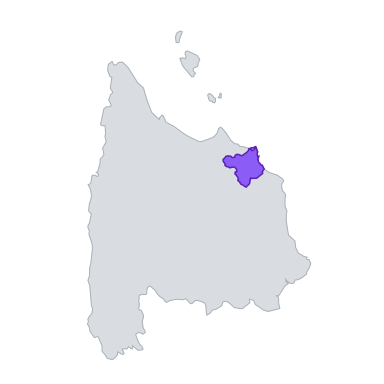 Murcia highlighted on a map of Spain, rotated 266°
{"feature_id": "ESP-5836", "entity_name": "Murcia", "entity_type": "Autonomous Community", "adm_level": 1, "iso_a3": "ESP", "parent_name": "Spain", "parent_adm1": "", "projection": "robinson", "projection_center": [-1.387, 38.068], "detail": "fine", "context": "in_parent", "style": "filled", "palette": "violet", "viewbox_px": 384, "rotation_deg": 266, "n_neighbors": 0, "source": "natural_earth", "source_scale": "10m", "svg_char_len": 6902}
<svg xmlns="http://www.w3.org/2000/svg" viewBox="0 0 384 384"><g transform="rotate(266 192 192)"><path d="M206.6,88.9L206.7,90.0L208.5,91.9L214.2,93.0L215.7,93.8L215.4,96.5L214.0,98.8L215.2,99.8L216.6,99.7L218.3,97.9L218.6,99.1L221.2,100.2L227.0,102.3L231.0,102.6L235.2,106.7L242.0,105.9L248.1,109.9L253.9,109.0L255.2,109.8L264.1,109.9L264.5,106.7L265.6,105.4L281.1,109.9L283.0,112.6L282.7,114.0L283.5,117.3L285.5,117.1L289.6,115.3L294.9,117.6L296.3,119.6L297.4,119.7L301.4,117.7L312.1,120.1L312.5,118.6L313.3,118.1L317.7,116.7L319.6,116.4L325.4,117.4L326.1,119.3L327.2,120.0L327.7,121.6L324.4,122.6L324.1,125.3L326.2,127.6L326.5,131.7L320.8,136.8L304.5,145.6L299.1,150.9L286.8,153.5L274.1,157.4L266.6,164.4L268.5,165.0L270.8,167.4L270.1,168.4L266.8,170.0L263.8,170.5L258.3,179.1L250.6,188.1L247.8,192.1L241.8,202.6L241.8,205.6L244.8,216.1L246.5,218.8L248.9,221.1L253.5,223.1L254.7,225.0L253.1,226.8L248.5,230.1L240.6,234.5L237.2,238.0L236.5,241.4L234.2,242.9L233.3,247.6L230.1,254.1L229.9,255.9L232.4,258.2L230.0,259.7L217.7,260.3L210.1,265.4L206.2,270.0L202.8,278.4L198.6,283.4L196.7,284.3L193.8,282.1L190.2,281.8L186.7,282.5L184.9,284.2L182.0,285.2L179.3,284.4L173.2,283.9L170.5,284.0L166.3,285.4L162.7,284.5L156.7,284.0L143.5,285.1L141.8,285.6L135.9,291.3L129.5,291.5L123.7,293.8L119.8,299.3L119.0,302.3L117.8,301.6L116.9,301.8L116.4,304.1L112.4,305.5L108.0,303.7L104.3,300.9L102.3,300.7L99.2,296.4L97.9,293.7L97.0,290.8L97.0,288.7L94.2,287.5L93.6,284.8L95.7,281.3L98.4,279.4L95.9,279.5L94.0,281.8L91.7,278.2L82.3,271.1L82.9,268.6L81.2,270.5L80.1,271.0L75.2,270.7L69.6,271.5L67.5,259.6L69.0,255.4L75.5,247.2L79.5,246.0L81.1,241.8L77.5,242.0L72.0,233.9L73.6,226.3L79.4,220.7L80.5,218.3L80.7,216.3L79.6,214.8L76.5,213.9L73.4,208.0L72.8,204.2L70.2,202.1L68.1,198.4L70.1,197.9L78.2,197.8L80.2,196.9L81.7,194.4L83.3,190.3L83.7,187.8L80.7,184.3L80.6,183.6L81.0,182.4L86.0,178.4L85.1,175.5L86.1,169.4L85.7,165.8L85.3,162.8L83.7,159.0L84.8,157.4L87.4,156.1L89.5,153.0L92.6,150.4L96.5,148.3L101.1,143.7L100.5,141.7L98.9,140.5L93.4,139.6L93.0,138.7L93.2,133.7L91.8,131.7L89.7,132.0L86.7,131.1L85.9,131.6L82.0,131.5L79.2,130.6L78.0,131.4L77.6,133.1L73.0,134.9L70.4,134.8L66.1,133.3L61.3,133.8L60.7,133.4L56.5,135.5L55.1,135.5L53.5,133.1L55.9,129.5L54.0,126.1L52.7,126.0L45.0,128.5L40.4,131.8L38.6,132.2L38.0,131.6L37.9,127.0L42.8,122.0L39.8,121.7L40.0,120.3L42.0,118.0L40.1,116.3L40.3,111.3L36.0,112.9L35.0,112.7L35.0,110.7L37.7,106.7L35.0,106.3L33.0,104.8L30.6,101.5L30.6,99.8L32.1,95.7L35.8,93.9L39.5,91.1L44.4,91.6L51.8,89.2L54.3,88.0L54.3,86.3L53.5,85.1L54.3,83.9L60.3,80.5L63.9,80.2L67.6,78.5L70.0,79.6L72.1,79.2L74.6,80.5L77.7,83.5L82.4,84.7L86.2,83.7L105.6,83.5L111.1,82.0L115.4,83.8L123.6,84.7L128.5,86.2L142.2,88.7L147.2,88.7L157.2,86.2L159.9,86.9L163.9,85.7L165.8,85.9L168.3,87.6L177.1,90.0L179.4,88.0L181.1,87.6L187.4,88.8L193.8,91.3L197.1,91.4L202.0,90.8L206.6,88.9ZM325.4,194.6L327.7,195.6L330.1,194.7L331.4,195.0L332.7,195.5L333.0,197.4L328.0,206.5L323.8,209.0L319.6,207.1L317.2,206.6L316.5,205.8L315.9,202.9L314.8,202.0L313.1,201.5L309.9,203.8L308.9,202.3L307.4,202.0L306.8,201.1L306.8,199.9L316.6,192.7L319.5,191.2L325.6,189.3L326.5,189.6L325.7,190.7L326.6,191.7L325.4,194.6ZM353.4,190.9L352.5,193.5L345.1,190.1L342.6,189.7L342.0,189.2L342.2,186.6L347.2,186.3L351.2,187.5L353.4,190.9ZM284.7,220.3L283.8,222.1L280.2,221.5L279.3,220.7L280.1,218.7L281.2,218.5L281.2,217.0L282.3,215.5L287.5,214.4L288.7,215.3L289.0,216.8L285.9,219.9L284.7,220.3ZM288.4,227.6L287.8,228.0L283.8,227.6L283.7,226.4L284.5,224.7L286.0,226.4L288.3,226.7L288.4,227.6Z" fill="#d9dde1" stroke="#a8b0b8" stroke-width="1"/><path d="M231.4,251.9L231.6,253.1L231.4,253.4L230.8,252.6L230.2,254.1L229.9,254.4L229.3,254.5L229.1,254.9L229.2,255.5L230.0,256.9L230.3,257.2L231.0,257.7L231.6,257.9L232.1,258.0L232.3,257.6L232.7,257.9L232.9,258.2L232.8,258.6L232.5,258.8L232.3,259.0L232.0,259.2L231.8,259.2L231.6,259.0L231.4,259.2L230.7,259.4L230.3,259.5L229.6,259.8L228.7,259.8L228.4,259.9L228.1,260.1L227.5,260.4L227.3,260.3L226.3,259.8L225.5,259.7L223.9,259.7L223.5,259.7L223.1,259.8L222.9,260.1L222.7,260.4L222.8,260.6L223.1,261.1L222.3,261.0L221.6,260.8L221.4,260.5L221.3,260.2L220.8,260.1L220.1,259.8L219.7,259.8L219.4,260.1L219.3,260.4L218.6,260.4L217.8,260.3L217.1,260.6L216.7,260.9L215.6,261.9L215.2,262.1L214.7,262.2L214.6,262.3L214.4,262.4L214.2,262.6L214.1,262.9L213.8,263.9L213.8,264.1L213.6,264.2L213.4,264.2L213.1,264.1L212.9,264.2L212.4,264.6L212.2,264.7L211.8,264.7L210.6,265.3L210.0,265.6L207.8,263.9L207.6,263.8L206.4,263.5L206.2,263.6L206.1,263.8L205.9,263.9L205.7,263.8L205.5,263.7L205.3,263.4L201.6,258.0L201.4,257.7L201.2,257.3L201.2,256.8L201.2,256.5L201.2,256.1L201.3,255.9L201.4,255.5L201.5,255.2L201.4,255.0L201.3,254.7L201.3,253.6L201.3,253.4L201.5,253.0L201.5,252.8L201.5,252.3L201.5,252.0L201.7,251.8L201.9,251.5L201.9,251.3L201.8,251.2L199.5,250.9L198.6,250.4L198.3,250.3L197.2,250.4L196.3,249.8L195.7,249.5L195.0,248.7L194.5,248.0L194.2,247.4L194.0,247.2L193.1,246.6L193.5,245.5L193.6,245.3L194.5,244.3L195.3,243.4L196.0,242.0L196.2,241.6L196.9,240.9L197.2,240.8L197.5,240.7L198.0,240.6L198.3,240.4L199.3,239.5L199.9,238.8L200.3,238.6L200.6,238.5L200.8,238.6L201.0,238.7L201.4,239.1L201.5,239.1L202.4,238.9L203.2,238.8L203.5,238.7L204.1,238.3L205.1,237.7L206.3,236.9L206.4,236.6L206.6,236.6L206.9,236.5L207.0,236.3L207.2,236.2L207.4,236.2L207.6,236.2L207.8,236.2L208.0,236.4L208.6,236.4L208.9,236.5L209.0,236.6L209.1,236.8L209.1,237.0L209.0,237.3L209.0,237.5L209.3,237.9L209.4,238.0L209.7,238.1L210.0,238.2L210.4,238.2L211.9,237.8L213.6,236.4L213.9,236.1L214.0,235.9L214.0,235.7L214.0,235.2L213.9,234.5L213.9,234.0L213.8,233.1L213.7,232.6L213.6,232.2L213.5,231.8L213.4,231.6L213.5,231.4L213.9,230.8L214.1,230.6L214.4,230.4L214.5,230.2L214.6,229.6L214.6,229.3L214.7,228.9L215.1,228.1L215.9,227.2L216.3,226.8L216.6,226.7L216.8,226.7L216.9,226.9L217.1,227.0L217.5,227.1L218.9,226.4L219.5,225.8L219.7,225.6L220.0,225.5L221.4,225.2L221.6,225.2L222.5,225.5L222.8,225.7L222.9,225.9L222.9,226.1L223.0,226.3L223.0,226.5L223.7,227.1L225.1,228.1L225.5,230.0L225.5,230.7L225.2,231.5L225.2,232.0L225.2,232.7L225.1,232.9L225.0,233.1L224.9,233.3L223.9,234.1L223.8,234.3L223.6,234.7L223.6,235.1L223.6,236.3L223.6,236.8L223.8,237.1L224.0,237.1L224.4,237.2L225.3,237.5L225.6,237.7L225.7,237.8L226.0,238.2L226.4,239.4L226.4,239.7L226.3,240.2L226.2,240.5L226.0,241.4L226.0,241.6L225.8,242.0L225.1,243.1L224.9,243.4L224.8,243.9L224.9,244.5L225.0,245.0L225.1,245.3L225.3,245.5L225.5,245.7L225.5,245.8L226.1,246.6L226.4,247.3L226.5,247.4L226.7,247.8L226.9,248.0L227.2,248.5L227.5,249.1L227.7,249.3L228.3,250.1L228.5,250.2L229.6,251.3L230.2,251.5L230.4,251.6L230.6,251.8L230.8,252.0L231.0,252.0L231.4,251.9L231.4,251.9ZM232.1,254.8L231.9,255.4L232.0,256.1L232.3,257.2L231.8,256.7L231.7,255.8L231.7,254.8L231.6,254.0L231.8,254.0L231.9,254.3L232.0,254.6L232.1,254.8Z" fill="#8b5cf6" stroke="#5b21b6" stroke-width="1.5"/></g></svg>